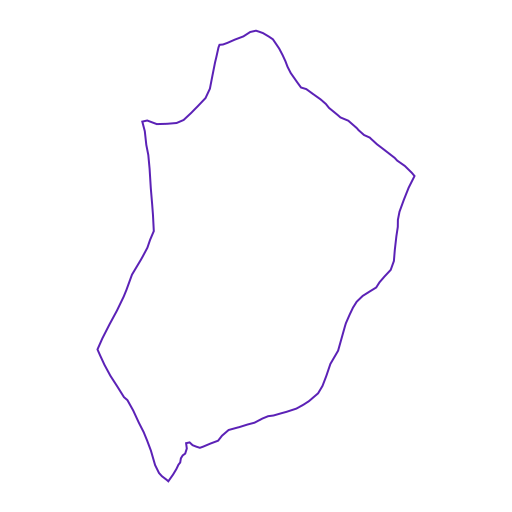 the district of Dorbor, Grand Kru, Liberia
{"feature_id": "62588387B97917112158690", "entity_name": "Dorbor", "entity_type": "district", "adm_level": 2, "iso_a3": "LBR", "parent_name": "Liberia", "parent_adm1": "Grand Kru", "projection": "equal_earth", "projection_center": [-8.281, 4.99], "detail": "fine", "context": "isolated", "style": "outline", "palette": "violet", "viewbox_px": 512, "rotation_deg": 0, "n_neighbors": 0, "source": "geoboundaries", "source_scale": "gbopen_adm2", "svg_char_len": 1968}
<svg xmlns="http://www.w3.org/2000/svg" viewBox="0 0 512 512"><path d="M142.3,121.6L143.1,124.7L144.8,131.2L146.3,144.9L148.3,155.0L149.6,168.9L150.8,188.2L152.2,204.8L153.0,215.4L153.8,231.1L150.1,239.8L147.4,247.7L142.6,256.7L140.8,259.9L132.0,274.6L126.4,290.0L123.7,296.6L117.0,310.5L109.6,324.2L102.4,338.3L97.5,349.4L97.9,350.4L100.1,355.4L104.5,364.9L110.4,375.8L117.5,386.8L124.0,397.2L127.4,400.1L133.2,410.5L138.8,422.6L143.7,432.2L147.1,440.5L150.9,450.6L155.1,465.1L159.0,473.0L161.9,476.2L167.0,480.1L168.3,481.3L173.1,474.5L176.4,469.0L178.5,464.6L180.2,462.5L180.9,458.3L182.7,455.4L185.2,453.6L186.8,448.5L186.1,443.2L189.6,442.4L192.6,445.2L196.4,446.7L199.9,447.8L203.0,446.7L204.2,446.2L210.6,443.5L218.1,440.7L222.0,435.7L228.6,430.0L238.1,427.4L238.7,427.3L247.6,424.5L254.5,422.7L262.5,418.5L265.7,417.2L268.1,416.2L273.5,415.5L281.5,413.2L286.3,411.9L296.4,408.6L303.6,404.6L309.0,401.1L318.1,393.3L322.5,385.9L325.8,377.3L326.5,375.4L330.4,363.9L338.1,350.7L340.4,342.5L342.7,334.3L345.1,325.8L345.9,323.2L349.8,314.3L353.0,307.6L356.7,301.7L362.7,295.9L370.0,291.3L376.2,287.5L379.5,282.3L384.5,276.5L390.7,269.9L393.9,261.0L394.0,259.8L394.8,250.0L396.4,236.1L397.8,226.9L397.9,219.8L398.1,218.8L399.5,211.7L403.8,199.9L408.7,187.6L414.2,176.7L414.5,176.0L411.9,172.9L404.9,166.0L397.2,160.6L394.7,157.9L380.7,147.1L377.0,144.3L371.1,138.9L369.8,137.6L364.0,135.0L358.4,130.0L357.0,128.3L348.3,120.7L341.8,118.0L340.4,117.4L337.8,115.1L329.0,107.9L325.9,104.0L320.5,99.3L313.0,94.0L306.3,89.1L301.0,87.5L297.0,82.0L290.7,73.0L287.5,66.7L285.5,61.4L283.2,56.4L282.7,55.3L279.2,48.6L275.9,43.7L272.9,39.3L268.9,36.6L263.0,33.1L259.1,31.7L256.0,30.7L250.2,32.0L243.4,36.4L234.9,39.6L227.4,42.9L223.0,44.5L219.5,44.8L218.5,47.4L216.2,57.7L215.1,62.2L212.3,76.3L209.9,88.7L205.5,98.1L197.5,106.5L195.0,109.0L191.1,113.0L183.6,120.0L176.6,123.0L167.0,123.8L156.8,124.1L147.2,120.5L142.3,121.6Z" fill="none" stroke="#5b21b6" stroke-width="2"/></svg>